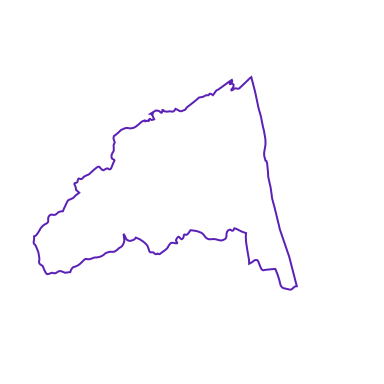 Dong Hoi, Quảng Bình, Vietnam (Robinson projection), rotated 21°
{"feature_id": "81297802B5400707592531", "entity_name": "Dong Hoi", "entity_type": "district", "adm_level": 2, "iso_a3": "VNM", "parent_name": "Vietnam", "parent_adm1": "Quảng Bình", "projection": "robinson", "projection_center": [106.568, 17.448], "detail": "fine", "context": "isolated", "style": "outline", "palette": "violet", "viewbox_px": 384, "rotation_deg": 21, "n_neighbors": 0, "source": "geoboundaries", "source_scale": "gbopen_adm2", "svg_char_len": 5995}
<svg xmlns="http://www.w3.org/2000/svg" viewBox="0 0 384 384"><g transform="rotate(21 192 192)"><path d="M60.4,290.0L61.3,292.0L61.7,293.3L62.0,295.2L62.4,296.2L63.1,297.0L64.4,297.5L65.5,298.3L69.9,303.0L71.6,305.7L72.4,307.1L73.2,308.6L73.8,310.0L74.0,311.2L74.3,312.2L74.7,313.0L75.5,313.6L76.3,314.0L78.8,314.5L79.8,315.2L81.6,317.3L83.8,319.3L85.0,320.2L85.7,320.5L86.4,320.5L87.3,320.1L88.9,318.7L90.2,317.6L91.0,317.3L91.6,317.4L92.4,317.3L93.8,316.6L95.4,314.5L96.5,313.4L97.9,312.9L99.1,312.8L102.3,312.9L103.7,312.2L107.0,310.4L107.0,308.8L107.1,307.2L107.6,305.6L108.4,304.4L109.3,303.8L111.2,302.1L112.4,300.5L113.6,298.5L114.6,296.3L115.3,294.7L115.9,293.6L116.5,292.7L120.0,291.7L121.6,290.6L123.6,288.8L124.7,288.0L127.0,287.0L129.3,285.4L130.5,284.4L132.0,282.4L132.8,280.9L133.2,280.1L135.5,278.1L136.9,277.1L138.6,276.6L140.3,275.9L141.4,275.0L142.9,272.7L144.1,270.3L145.2,269.1L146.1,267.5L146.5,265.7L146.5,263.4L146.3,261.8L145.3,259.7L143.1,255.5L145.2,257.3L147.3,259.3L148.3,259.9L149.3,260.1L150.5,260.1L151.7,259.8L152.9,259.1L154.1,258.0L155.0,257.2L155.4,256.4L155.8,255.2L155.9,254.7L156.3,254.7L160.6,254.9L161.6,255.2L163.6,255.6L165.9,256.3L168.0,257.2L169.7,258.2L171.9,260.7L172.9,262.0L173.7,262.8L174.1,263.1L174.5,263.2L175.3,263.0L177.3,262.3L177.8,262.3L178.7,262.7L179.5,263.0L180.6,263.0L181.0,262.8L181.9,261.8L183.0,261.9L183.8,261.7L184.2,261.4L185.1,259.9L186.2,258.2L186.6,257.6L187.1,256.8L187.7,255.9L188.1,255.3L188.3,254.9L189.0,253.3L189.3,252.2L189.3,251.2L189.6,250.0L190.0,248.5L190.3,247.6L190.8,247.1L191.6,246.6L192.4,246.2L193.8,246.0L194.9,245.8L195.9,245.5L196.4,245.2L196.3,244.6L195.6,244.0L194.5,243.2L194.3,242.7L194.4,241.3L194.7,239.9L195.1,239.0L195.5,238.6L196.0,238.6L196.4,238.7L197.3,239.2L198.2,239.7L199.0,239.8L199.3,239.8L199.6,239.4L199.9,239.0L200.1,238.5L200.3,237.6L199.9,235.2L199.9,234.8L200.0,234.5L200.3,234.3L200.9,234.3L201.9,234.1L202.3,233.8L202.9,233.0L203.2,232.4L203.5,231.4L204.0,229.2L204.3,228.2L207.9,227.3L210.6,226.8L212.9,226.7L215.1,226.7L216.5,227.0L218.0,227.6L219.5,228.6L221.2,229.6L222.5,230.0L223.9,230.1L224.9,230.0L225.9,229.6L229.2,228.1L231.2,227.6L234.4,227.3L236.7,226.8L238.4,225.5L239.5,224.3L240.0,223.5L240.2,222.6L240.2,221.9L239.9,220.7L239.3,219.0L239.1,217.7L239.0,216.3L239.3,215.4L239.8,214.5L240.5,213.8L241.1,213.5L241.8,213.5L243.3,213.8L243.7,213.6L244.1,213.3L244.4,212.6L244.5,211.8L244.6,210.7L246.6,210.5L250.2,210.9L252.2,211.1L254.8,211.1L257.2,211.0L258.2,214.4L260.4,219.3L264.4,226.3L269.4,234.7L271.1,238.5L273.2,236.0L274.6,233.7L275.4,232.9L276.2,232.5L277.4,232.3L277.9,232.4L279.2,233.6L282.5,237.2L284.3,239.0L285.2,239.4L286.0,239.6L286.6,239.5L289.1,238.0L294.5,235.3L297.4,234.0L301.9,238.9L305.4,243.4L308.1,247.3L309.0,248.0L310.3,248.7L311.7,249.0L318.2,248.1L319.4,247.6L320.1,246.9L321.3,244.4L321.9,243.5L322.9,242.7L323.6,242.4L306.1,217.8L286.9,194.8L286.4,193.9L284.8,191.5L283.4,189.6L281.9,187.4L280.1,184.8L277.9,181.5L276.4,179.5L275.0,177.4L269.1,169.3L268.5,168.2L266.9,165.2L263.9,159.8L260.1,154.1L258.0,150.9L257.2,149.4L255.9,146.3L254.4,143.4L251.8,138.2L250.7,136.8L250.3,136.4L249.9,136.3L249.4,136.4L246.4,132.3L245.2,129.3L244.2,124.1L243.6,121.4L243.0,119.8L241.7,116.6L237.1,108.8L235.0,105.9L229.3,96.8L224.1,89.9L215.5,76.6L213.7,74.0L206.2,63.5L205.5,64.5L201.8,72.5L200.2,75.7L200.0,76.3L199.4,77.3L199.4,77.6L199.0,78.3L198.1,79.1L197.4,79.3L196.5,79.3L195.1,79.8L194.3,80.5L193.5,82.0L192.9,82.7L192.6,82.9L192.2,82.8L192.1,82.5L192.2,81.8L192.6,80.8L192.9,78.9L192.8,78.1L192.3,76.8L191.7,76.6L190.9,76.5L190.2,76.5L189.8,76.8L189.3,77.5L188.7,77.6L188.4,77.2L188.6,76.7L189.8,75.4L189.9,74.8L189.9,74.3L189.7,73.9L189.0,73.1L188.3,74.1L186.7,76.3L184.3,80.1L180.0,86.7L178.5,88.3L178.0,89.4L178.0,89.9L176.8,94.1L175.2,93.7L174.0,93.7L173.4,93.9L173.1,94.3L172.8,95.6L172.4,96.0L171.4,96.2L170.6,96.5L168.9,98.4L167.9,99.4L164.7,101.3L164.2,102.3L162.2,106.0L156.8,115.0L156.4,116.8L155.8,118.1L154.7,118.9L153.4,120.2L152.3,120.7L151.1,120.8L149.7,120.5L148.2,120.4L146.8,120.3L146.4,122.4L145.4,123.8L144.1,124.3L143.0,124.4L142.5,124.6L141.7,124.9L141.0,125.4L139.6,126.1L136.2,126.7L135.9,125.9L135.1,126.0L135.2,126.8L135.3,127.6L135.4,128.5L135.1,129.0L133.9,128.9L133.1,128.4L131.8,128.2L129.0,128.9L125.2,133.9L127.3,133.4L127.2,134.5L127.8,134.8L130.6,137.7L129.9,138.3L129.3,138.7L128.7,139.1L128.4,139.2L127.6,139.2L126.8,138.8L126.4,138.9L126.1,139.3L125.8,140.2L126.2,140.7L126.2,141.1L126.1,141.3L125.6,141.4L124.8,141.5L124.3,141.7L123.0,142.8L122.4,142.6L122.1,142.2L121.1,143.1L120.3,143.8L119.3,145.4L117.8,148.3L115.8,151.6L114.5,153.0L111.8,154.7L110.5,155.0L108.5,155.4L107.8,155.7L106.9,156.3L105.4,157.6L103.5,159.6L101.8,163.2L99.8,166.7L99.1,167.6L99.1,168.0L99.3,169.4L99.6,170.3L102.1,173.4L102.0,176.3L103.3,179.2L104.1,181.4L104.1,182.2L103.7,184.3L103.7,185.6L103.8,186.8L104.3,188.0L104.5,188.5L104.8,188.9L105.2,189.3L105.8,189.6L106.8,189.7L108.1,190.0L108.3,190.2L108.3,190.9L108.1,193.4L108.1,195.5L108.0,198.9L107.7,199.7L107.3,200.2L107.0,200.4L106.1,200.5L105.1,200.2L104.3,200.4L103.5,201.0L102.6,202.1L101.7,203.3L101.2,203.5L100.4,203.5L99.7,203.3L98.4,202.7L96.7,201.8L96.1,201.7L95.6,201.9L94.8,202.6L94.0,203.8L92.4,206.5L90.2,211.0L89.2,212.8L87.3,214.5L85.9,216.2L85.2,217.3L85.0,218.2L84.6,219.0L84.2,219.5L83.6,219.8L82.7,219.9L81.9,219.9L81.4,220.0L81.2,220.3L81.1,221.1L81.2,222.2L81.4,223.6L81.2,224.2L80.6,224.9L79.5,225.6L79.3,226.0L79.3,226.6L79.6,227.1L80.4,227.8L81.4,228.8L82.4,230.4L82.9,231.5L85.0,232.3L87.0,233.1L84.5,237.1L83.7,239.1L83.0,240.4L81.2,242.3L79.8,243.5L79.2,244.5L78.9,246.3L78.6,251.6L78.4,253.2L78.4,256.1L78.2,256.4L76.9,256.9L75.5,257.8L74.6,258.6L73.1,261.5L72.1,262.5L70.5,263.1L68.5,263.6L67.7,264.4L67.1,265.8L67.0,267.1L67.2,268.3L67.8,269.7L68.3,271.0L68.3,272.0L67.8,273.1L66.0,275.2L64.8,277.1L63.7,279.9L63.4,282.3L62.9,285.1L62.3,287.4L62.0,288.3L61.3,289.2L60.4,290.0Z" fill="none" stroke="#5b21b6" stroke-width="2"/></g></svg>